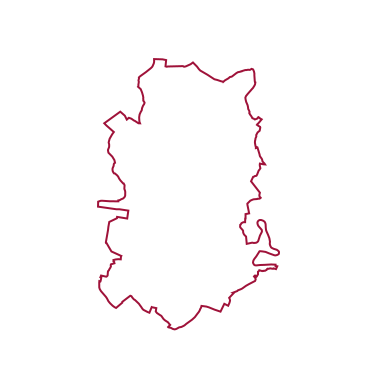 outline of Sanpaul, Mures, Romania, rotated 204°
{"feature_id": "2599482B86509202377836", "entity_name": "Sanpaul", "entity_type": "district", "adm_level": 2, "iso_a3": "ROU", "parent_name": "Romania", "parent_adm1": "Mures", "projection": "albers", "projection_center": [24.364, 46.447], "detail": "fine", "context": "isolated", "style": "outline", "palette": "rose", "viewbox_px": 384, "rotation_deg": 204, "n_neighbors": 0, "source": "geoboundaries", "source_scale": "gbopen_adm2", "svg_char_len": 5989}
<svg xmlns="http://www.w3.org/2000/svg" viewBox="0 0 384 384"><g transform="rotate(204 192 192)"><path d="M280.7,298.0L279.5,295.4L279.2,293.8L279.2,290.6L279.4,289.8L280.0,288.3L282.9,282.7L285.9,277.6L286.8,275.9L287.1,275.0L286.6,274.1L286.3,272.3L286.1,271.9L285.5,271.2L285.2,270.4L284.6,268.1L284.1,267.1L284.0,266.7L284.1,266.2L280.7,265.1L278.2,262.7L276.0,260.1L274.8,258.3L274.5,257.3L273.6,255.9L273.6,255.6L271.8,254.5L271.6,254.1L271.5,252.7L271.8,251.1L271.8,250.0L271.7,248.1L271.2,246.4L271.2,245.8L271.4,244.2L271.4,241.5L270.7,238.9L270.3,238.0L269.0,235.5L268.6,234.8L267.4,233.6L268.9,233.0L273.0,233.7L274.1,233.7L277.2,234.3L279.9,234.1L280.1,233.8L280.7,232.1L281.0,231.6L284.4,234.4L290.2,236.2L300.1,219.1L297.4,218.0L287.8,215.0L288.4,212.2L288.9,207.2L288.5,204.5L288.2,203.2L287.1,201.9L286.4,200.4L286.0,199.3L285.9,196.7L285.8,196.1L284.9,194.7L284.3,193.9L279.2,191.9L275.9,189.6L274.2,187.4L274.6,186.8L274.8,186.0L274.7,185.5L274.2,183.8L274.2,181.7L274.0,180.7L273.6,179.9L272.9,178.8L271.7,177.8L270.8,177.3L270.0,177.6L267.3,176.8L265.8,176.1L264.0,174.6L262.0,173.4L258.6,171.9L258.4,171.8L257.9,172.0L256.5,170.9L256.3,170.6L255.1,167.4L253.7,165.9L253.0,164.9L251.6,161.6L251.5,160.4L251.8,159.2L252.4,157.9L253.8,156.5L254.3,155.7L255.2,154.8L255.9,154.4L255.5,153.5L263.6,150.0L270.7,147.4L272.0,146.7L273.8,145.0L271.9,140.4L254.0,145.5L251.3,146.7L242.6,149.1L240.4,141.4L250.3,138.8L249.9,137.5L255.4,131.0L254.2,126.1L253.3,123.3L250.2,110.9L249.7,110.4L249.3,110.6L245.6,107.9L241.4,104.9L230.6,104.8L230.7,104.3L229.7,101.5L232.1,100.6L234.2,99.4L236.1,97.9L235.7,97.2L235.6,96.8L235.0,96.7L234.6,96.5L234.3,95.9L234.1,95.5L233.9,95.3L235.1,94.3L236.6,93.0L236.6,92.6L236.4,91.9L235.8,91.0L235.8,89.8L236.1,87.7L236.1,86.5L236.5,85.5L236.4,85.0L235.2,81.6L235.2,81.0L235.7,79.9L236.1,79.7L241.1,78.7L241.0,76.9L240.5,77.0L240.1,77.0L239.8,75.9L239.3,73.5L239.3,73.0L240.4,72.9L239.9,71.5L237.9,67.1L236.8,65.8L234.8,64.4L228.0,61.2L226.4,60.2L223.9,58.2L221.5,57.0L218.2,55.8L215.9,55.3L214.2,55.2L210.7,62.5L211.0,63.3L206.2,72.1L205.0,72.2L203.6,71.3L201.5,70.3L200.0,70.1L195.0,68.3L193.2,67.2L191.9,66.5L189.9,65.2L188.5,64.6L183.8,64.3L181.8,64.4L182.0,70.5L181.5,70.5L177.4,71.4L176.5,68.1L174.8,67.2L170.8,66.5L169.7,66.4L166.4,64.4L164.6,63.8L160.9,63.2L158.9,62.1L157.9,61.7L158.9,58.9L158.7,58.8L157.8,58.9L156.1,59.3L153.9,59.1L152.1,59.4L151.2,60.0L150.5,60.7L148.7,63.1L146.8,64.4L145.1,66.4L144.4,67.5L143.6,69.2L140.0,75.4L138.5,78.8L137.5,83.2L137.0,85.1L136.8,86.9L136.9,88.4L136.7,90.1L137.0,91.8L132.2,93.2L129.6,93.5L123.6,93.7L117.3,94.3L117.0,103.0L112.7,102.8L112.7,105.8L112.9,107.3L113.1,108.3L113.9,109.5L115.0,110.4L112.8,116.6L113.7,116.6L110.3,120.0L110.1,120.8L107.9,123.0L106.9,124.2L104.5,128.3L102.5,131.0L98.2,136.4L98.3,138.1L98.4,138.3L99.0,139.0L101.0,140.1L100.5,141.3L100.3,141.4L98.7,140.7L98.5,141.2L98.4,141.6L98.5,142.4L98.3,142.8L98.2,143.6L99.3,146.0L99.1,146.4L98.8,146.7L98.7,147.2L98.7,147.9L95.7,148.3L95.5,148.6L94.4,149.0L94.2,149.4L93.3,149.7L93.0,150.1L92.7,150.6L92.2,151.0L92.1,151.7L92.1,152.1L91.6,152.8L90.9,152.9L89.6,154.0L89.1,154.2L88.7,154.2L88.3,154.3L88.0,154.5L86.7,154.8L86.4,155.4L83.9,155.7L83.9,158.8L84.4,158.7L84.8,158.3L85.6,158.3L86.1,159.6L90.2,158.0L96.2,154.9L100.1,153.0L103.4,151.1L104.5,150.7L105.2,150.7L105.9,150.9L107.1,151.8L107.6,152.4L107.8,153.2L108.0,154.1L108.0,154.9L107.8,156.4L107.1,159.2L106.4,163.9L106.3,164.9L106.2,165.3L105.8,165.6L103.4,166.4L100.4,167.2L96.5,167.3L91.2,167.7L90.3,167.9L89.7,168.2L88.4,169.3L87.6,170.5L87.6,171.0L87.7,171.6L88.1,172.5L88.5,173.0L90.0,173.5L91.1,173.7L94.3,173.3L96.5,173.4L97.2,173.6L98.0,174.2L98.8,174.9L99.8,176.1L100.6,178.4L102.5,181.2L105.2,183.9L108.0,186.4L108.9,187.4L110.1,189.4L111.7,192.6L112.8,193.8L113.7,194.4L115.3,194.7L117.2,194.6L118.7,194.0L119.4,193.2L119.8,192.3L119.9,191.5L119.8,190.7L119.2,189.6L118.5,188.8L117.7,188.1L116.8,187.6L112.9,185.8L112.6,185.4L112.0,184.2L112.0,183.3L112.2,179.8L111.6,174.5L111.6,173.8L112.0,172.7L112.8,171.7L114.7,170.6L116.4,170.2L120.9,166.9L124.5,173.3L126.2,173.9L127.2,174.4L128.0,175.0L128.9,176.0L129.5,177.3L130.2,177.8L133.5,179.3L134.0,180.0L134.6,181.7L134.3,182.1L134.1,183.7L132.8,185.3L131.2,186.0L132.6,189.4L132.3,189.6L134.1,193.6L131.1,195.7L136.2,202.9L136.7,203.9L135.2,207.8L133.6,209.6L132.7,210.4L129.6,212.1L129.5,212.4L127.9,213.2L127.5,213.5L126.9,214.4L126.9,214.7L128.1,215.1L128.9,215.9L129.3,216.9L129.7,219.0L142.4,225.8L142.3,230.7L141.8,231.0L141.1,232.1L140.0,232.8L139.7,233.2L139.6,234.5L139.8,238.7L139.4,240.0L139.2,241.5L140.7,243.5L141.4,245.0L141.5,245.6L138.2,246.3L136.5,246.9L137.4,247.5L139.2,248.2L140.1,248.7L141.1,250.1L141.9,250.8L144.3,252.2L144.9,252.8L145.4,253.6L150.4,259.4L150.8,259.4L150.8,258.7L151.5,258.1L151.8,258.8L152.8,260.0L154.5,262.5L155.2,264.2L155.4,265.5L155.8,266.8L155.8,268.5L155.9,269.1L156.5,270.1L156.3,273.1L155.1,275.5L155.8,278.6L156.3,279.2L158.1,279.4L160.0,279.8L159.8,280.8L159.5,281.3L159.0,282.8L157.9,286.7L160.2,286.9L160.5,287.2L161.8,287.4L162.1,286.8L162.2,285.7L164.0,283.9L164.3,283.8L165.4,284.1L166.9,284.0L168.0,284.9L169.2,285.7L170.7,286.5L171.3,287.2L171.6,287.2L171.9,287.8L172.0,288.6L173.0,289.6L174.4,290.7L175.4,292.4L176.6,294.0L179.1,296.3L180.5,298.1L181.4,299.5L181.6,299.8L181.7,301.5L181.1,303.9L179.2,310.1L178.6,311.9L178.2,314.7L178.2,316.0L178.7,317.9L179.1,317.9L179.8,318.9L182.5,324.0L183.2,325.6L184.3,327.2L186.0,328.8L186.9,328.8L187.7,328.7L188.5,327.4L189.0,327.0L190.5,326.5L192.1,325.4L192.9,325.1L196.0,322.4L195.9,322.3L197.0,321.4L198.8,320.1L199.8,318.7L202.4,313.9L202.8,313.4L204.1,312.5L205.0,310.6L207.3,307.4L208.3,305.2L208.6,305.4L210.4,305.0L214.6,304.6L217.4,304.1L225.5,305.4L233.8,306.3L235.6,307.0L238.4,308.6L243.8,310.7L245.3,308.1L248.6,304.4L249.7,303.5L250.4,303.2L251.5,303.3L265.2,296.8L265.9,296.2L267.3,296.0L269.3,302.0L272.9,301.2L280.7,298.0Z" fill="none" stroke="#9f1239" stroke-width="2"/></g></svg>